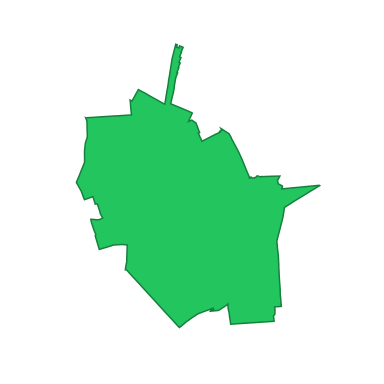 Banloc, Timis, Romania, rotated 113°
{"feature_id": "2599482B62970026017365", "entity_name": "Banloc", "entity_type": "district", "adm_level": 2, "iso_a3": "ROU", "parent_name": "Romania", "parent_adm1": "Timis", "projection": "orthographic", "projection_center": [21.113, 45.364], "detail": "fine", "context": "isolated", "style": "filled", "palette": "green", "viewbox_px": 384, "rotation_deg": 113, "n_neighbors": 0, "source": "geoboundaries", "source_scale": "gbopen_adm2", "svg_char_len": 5002}
<svg xmlns="http://www.w3.org/2000/svg" viewBox="0 0 384 384"><g transform="rotate(113 192 192)"><path d="M316.4,162.4L318.1,158.6L319.1,156.5L320.1,154.3L321.7,150.7L320.4,150.1L320.5,149.9L312.9,146.1L312.5,145.8L311.4,145.0L310.7,144.7L308.6,143.4L307.0,142.4L306.0,141.7L304.0,140.3L303.8,140.3L303.5,140.2L303.3,140.0L302.7,139.5L302.4,139.3L302.2,139.3L298.5,135.5L295.6,132.4L295.3,132.2L295.1,131.8L290.6,127.1L290.8,126.9L291.1,126.8L291.3,126.8L291.5,126.6L291.7,126.3L291.8,126.1L291.8,125.9L292.0,125.7L292.3,125.8L292.5,126.0L292.7,126.4L292.7,126.7L292.7,127.0L292.7,127.3L292.7,127.5L292.8,127.8L293.0,128.1L293.3,128.3L293.8,128.5L294.2,128.5L294.6,128.5L293.9,127.3L290.9,121.7L290.6,121.2L284.6,117.2L282.0,115.5L281.1,115.2L285.3,113.1L286.3,112.4L288.8,110.6L289.3,110.3L292.1,108.7L298.6,104.7L294.9,97.5L293.4,94.5L290.3,88.4L287.5,82.8L287.0,82.0L287.0,81.8L283.7,75.3L282.6,73.1L280.8,69.6L280.5,68.9L278.9,65.9L277.1,66.9L274.2,68.6L272.2,67.9L269.2,69.2L268.9,69.1L267.1,70.1L265.5,71.0L262.4,65.1L254.4,69.3L252.6,70.3L250.9,71.2L250.6,71.3L250.3,71.4L249.0,72.0L247.6,72.6L244.8,74.0L244.6,74.1L241.6,75.7L235.8,78.6L230.6,81.1L226.1,83.3L225.6,83.4L222.0,85.2L218.6,86.8L216.1,88.0L215.7,88.3L213.1,89.8L208.9,92.2L208.6,92.2L204.2,94.7L201.6,95.1L200.5,95.3L194.2,96.2L186.9,97.3L180.4,98.3L175.3,99.5L175.0,99.6L170.0,100.8L168.0,99.4L164.9,97.3L159.8,93.8L150.3,87.0L143.9,82.5L141.2,80.5L138.7,78.8L136.2,76.9L136.1,77.2L136.2,77.5L136.6,78.4L138.2,81.3L139.0,82.8L139.4,83.5L140.0,84.6L141.2,86.9L141.9,88.2L143.2,90.5L144.2,92.4L144.8,93.5L145.7,95.1L147.3,98.1L148.7,100.7L148.7,100.8L150.2,103.4L151.9,106.6L154.0,110.6L153.9,110.6L151.4,110.9L151.1,111.3L150.8,115.6L149.8,116.5L148.4,117.6L147.8,117.7L146.6,117.6L143.0,117.3L144.2,120.0L145.4,122.6L146.4,124.9L147.3,126.7L148.1,128.5L149.3,131.0L150.1,132.7L150.3,133.1L150.5,134.0L150.9,134.3L151.1,134.6L151.2,134.9L151.4,135.3L151.4,135.5L151.4,136.2L151.5,137.3L151.5,137.5L151.6,138.0L151.9,138.4L152.2,138.7L153.6,138.8L154.3,140.1L154.8,140.5L155.6,141.2L155.5,142.1L155.4,142.4L155.3,143.0L155.2,143.4L155.4,143.7L155.5,144.0L155.9,144.1L156.3,144.0L156.6,144.1L156.8,144.6L156.6,144.7L155.8,145.0L155.3,145.6L153.3,147.7L152.4,148.7L151.4,149.7L150.3,150.8L149.1,152.0L148.0,153.1L146.3,154.8L145.1,156.0L143.3,157.8L141.4,159.8L137.4,164.2L136.1,165.7L134.1,168.2L132.5,170.1L130.8,172.3L128.9,174.6L128.1,175.7L127.4,176.4L126.4,177.4L125.5,178.6L124.4,180.0L124.2,180.3L123.9,180.7L123.6,182.3L123.3,184.0L122.8,187.0L122.2,190.3L123.7,188.8L125.4,190.3L126.0,189.6L127.9,191.2L129.1,192.4L130.8,193.8L132.7,195.4L134.5,196.9L141.0,202.3L141.4,202.6L139.4,204.8L139.2,204.9L139.1,205.0L138.9,205.2L138.8,205.3L138.7,205.6L137.9,206.5L137.6,206.8L137.4,207.0L137.0,207.3L136.9,207.6L136.6,207.8L135.8,208.6L135.3,209.2L134.3,208.2L132.3,210.2L131.8,210.7L129.1,213.2L126.9,215.4L125.9,220.3L128.4,222.7L127.6,222.7L124.1,222.7L120.9,222.6L120.4,222.6L119.8,222.6L119.2,222.6L119.1,223.1L119.0,226.1L119.0,231.9L119.1,246.1L117.3,246.4L112.9,247.2L110.6,247.6L108.2,247.9L103.2,249.0L101.9,249.5L98.8,250.3L93.1,251.6L88.0,251.8L88.0,252.5L82.7,252.7L82.7,253.3L77.8,253.3L77.7,254.7L72.5,254.7L72.4,256.3L67.4,256.3L67.3,256.7L62.3,256.7L62.3,260.6L64.5,260.3L64.6,262.8L62.3,263.1L62.3,264.7L63.0,264.6L65.9,264.1L68.9,263.7L71.7,263.2L74.6,262.8L77.2,262.4L81.4,261.3L85.0,260.4L88.8,259.5L92.1,258.6L95.4,257.8L98.4,257.2L98.7,257.0L101.3,256.3L105.2,255.3L108.5,254.6L111.7,253.8L115.0,253.0L118.2,252.2L121.7,251.4L121.7,252.6L121.7,253.2L121.2,257.9L120.8,261.3L120.5,264.6L120.1,267.9L119.7,271.2L119.3,274.6L119.0,278.0L118.7,281.4L121.6,281.7L124.1,282.0L126.6,282.2L129.1,282.5L131.7,282.8L131.5,284.9L134.5,283.3L137.5,281.8L140.4,280.2L144.7,277.8L146.0,280.4L147.3,283.0L148.6,285.6L149.9,288.2L151.3,290.9L152.5,293.5L153.9,296.2L155.4,299.2L156.9,302.3L158.4,305.2L159.4,307.2L160.0,308.3L161.6,311.5L163.3,315.0L165.2,318.7L165.2,318.9L167.7,316.5L170.8,315.0L173.2,314.0L176.3,312.6L179.4,311.1L182.5,309.8L185.0,309.6L188.3,309.3L189.2,309.1L192.3,308.2L195.6,307.2L197.3,306.5L200.4,305.2L203.5,303.8L205.0,303.2L206.6,302.5L210.6,302.4L212.5,302.4L217.7,302.3L221.2,302.2L224.7,302.2L228.3,302.2L228.5,302.0L230.5,299.4L232.7,296.6L234.8,293.9L235.4,293.5L237.4,291.5L239.2,289.9L241.1,288.0L238.9,285.6L237.3,283.9L235.0,281.4L238.0,278.8L238.4,278.5L241.0,276.3L239.9,274.8L241.7,272.9L244.6,270.4L248.2,267.5L250.8,264.1L252.9,265.8L254.4,267.7L256.5,274.3L256.7,274.5L259.4,272.6L264.7,268.0L268.8,263.9L270.1,264.0L278.8,256.8L281.1,254.9L277.0,250.0L275.1,247.7L272.6,244.7L272.3,244.7L272.0,244.6L271.8,244.1L269.2,239.0L267.6,235.7L266.0,231.0L274.6,227.6L278.1,226.3L282.1,224.7L282.8,224.6L284.0,224.4L289.7,223.0L289.4,221.8L289.4,221.5L290.7,218.8L291.8,216.3L293.5,212.8L294.5,210.4L296.3,206.5L297.9,202.9L299.6,199.3L300.9,196.4L302.1,193.8L306.6,183.9L309.6,177.4L311.9,172.3L312.4,171.4L316.4,162.4Z" fill="#22c55e" stroke="#15803d" stroke-width="1.5"/></g></svg>